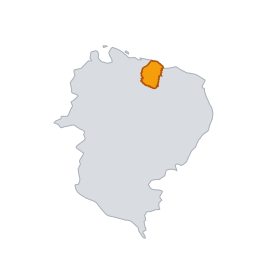 location of Veal Veaeng, Pouthisat, Cambodia, rotated 125°
{"feature_id": "14789045B9222272664434", "entity_name": "Veal Veaeng", "entity_type": "district", "adm_level": 2, "iso_a3": "KHM", "parent_name": "Cambodia", "parent_adm1": "Pouthisat", "projection": "robinson", "projection_center": [103.138, 12.256], "detail": "fine", "context": "in_parent", "style": "filled", "palette": "amber", "viewbox_px": 256, "rotation_deg": 125, "n_neighbors": 0, "source": "geoboundaries", "source_scale": "gbopen_adm2", "svg_char_len": 6227}
<svg xmlns="http://www.w3.org/2000/svg" viewBox="0 0 256 256"><g transform="rotate(125 128 128)"><path d="M208.5,50.7L209.0,52.7L207.7,56.4L206.3,59.8L203.6,62.8L203.5,65.0L202.6,71.5L203.0,73.6L203.6,75.4L204.5,76.3L206.8,82.7L208.9,88.5L211.0,93.3L211.4,96.3L209.5,104.0L207.3,111.0L207.5,114.5L208.5,118.0L209.5,122.7L209.9,128.7L209.4,132.6L208.4,135.0L206.5,137.5L204.9,138.7L202.8,136.6L201.3,136.5L199.1,137.2L197.4,138.1L194.0,141.8L190.3,145.3L185.0,146.2L183.0,148.8L180.8,149.2L176.7,149.3L173.9,150.0L174.1,151.3L173.9,157.5L173.9,159.0L173.5,159.4L171.6,159.6L168.5,158.6L164.1,157.1L161.1,156.8L159.5,159.5L158.6,160.6L157.4,160.8L156.2,161.2L155.8,162.5L155.7,164.0L156.3,166.6L156.5,170.7L156.4,173.5L157.5,175.3L164.1,181.3L166.1,182.8L166.3,183.7L165.1,186.9L166.2,191.5L164.1,191.4L160.7,189.4L159.0,188.2L157.0,189.2L156.3,189.0L155.0,186.8L153.2,184.5L151.4,184.3L147.6,185.2L143.7,185.9L142.2,185.9L141.6,186.3L139.3,189.7L138.3,189.1L134.4,187.8L130.8,187.3L130.0,188.2L130.5,191.0L131.3,193.7L130.8,194.9L128.8,196.3L126.2,198.9L124.6,200.9L123.5,201.4L119.5,201.3L115.6,201.5L114.0,203.4L112.5,204.9L111.2,205.3L106.0,200.6L95.7,199.0L94.6,196.9L93.6,196.5L92.7,199.2L87.0,201.8L84.7,200.2L82.9,198.3L83.2,196.0L84.8,194.2L87.6,192.8L88.9,188.1L86.8,182.0L84.9,180.2L82.9,178.8L80.8,181.1L79.1,184.9L77.3,186.9L74.7,187.4L70.9,187.2L69.4,181.5L69.0,176.5L69.5,170.9L70.0,167.5L66.4,162.9L66.2,158.5L64.5,156.3L63.9,157.4L64.0,158.7L63.5,157.7L57.8,144.9L56.8,138.9L57.8,134.3L58.4,132.7L56.7,130.3L54.4,127.6L50.3,124.0L50.0,118.3L49.1,111.5L47.9,109.3L46.0,105.1L45.0,101.7L44.6,92.6L45.2,91.9L48.1,91.6L51.8,91.0L52.4,89.5L51.7,88.3L54.1,86.3L57.5,81.8L60.2,77.1L62.1,74.1L63.2,71.2L67.1,67.0L72.4,64.1L76.0,63.4L79.7,62.4L83.3,61.0L85.0,60.9L89.5,62.6L91.9,63.0L94.4,63.0L97.0,63.2L99.3,63.0L104.8,61.8L110.6,62.8L115.7,62.0L122.2,60.7L125.3,61.5L128.2,62.9L128.6,65.7L129.2,66.9L130.2,67.9L131.5,67.9L133.1,66.0L134.5,64.0L134.9,63.6L135.0,64.6L135.7,66.7L136.9,68.9L138.1,70.3L140.2,72.1L141.5,72.2L145.9,70.5L152.5,73.0L153.2,74.3L155.4,76.9L157.7,78.8L162.8,78.9L164.6,74.3L163.7,71.5L160.8,66.6L160.0,63.7L160.9,63.2L165.8,62.7L166.6,62.1L167.7,58.9L169.1,59.3L171.8,59.7L174.7,57.5L176.4,55.3L177.4,56.3L178.4,57.9L179.5,58.8L181.6,60.2L183.9,62.1L185.3,64.0L186.5,64.7L189.4,64.2L190.2,64.3L191.9,62.0L193.1,60.7L194.1,61.1L195.6,61.1L198.6,58.1L200.4,55.5L201.3,54.7L204.1,56.1L205.2,55.8L206.8,52.1L208.5,50.7ZM67.5,173.8L66.9,174.2L66.4,174.2L65.9,173.7L65.9,171.6L66.3,170.3L67.2,170.1L67.5,173.8ZM76.1,194.2L75.0,195.6L73.1,192.8L73.1,192.0L76.1,194.2Z" fill="#d9dde1" stroke="#a8b0b8" stroke-width="1"/><path d="M59.3,133.7L59.1,133.7L58.9,133.9L58.7,133.9L58.2,134.0L57.9,134.2L57.9,134.4L57.8,134.5L57.7,134.6L57.6,134.8L57.4,135.0L57.4,135.6L57.4,135.9L57.3,136.1L57.4,136.3L57.4,136.6L57.4,136.9L57.4,137.0L57.3,137.9L57.2,138.0L57.2,138.3L57.0,138.6L57.1,138.9L57.2,139.2L57.2,140.0L56.9,140.5L56.9,140.8L57.0,141.0L56.8,141.4L56.8,141.6L56.7,141.9L56.8,142.0L56.9,142.4L56.9,142.6L57.1,142.9L57.2,143.1L57.3,143.3L57.5,143.4L57.6,143.6L57.7,143.8L57.7,144.1L58.0,144.5L58.3,144.9L58.4,145.2L58.6,145.3L58.8,145.4L58.9,145.6L58.8,145.8L59.0,146.3L58.9,146.4L58.9,146.8L59.0,147.0L59.1,147.3L59.7,147.6L65.2,148.0L66.0,148.2L66.7,148.5L69.7,150.0L69.9,150.1L70.5,150.1L70.9,150.0L71.0,150.0L71.3,150.1L71.5,149.9L71.6,150.0L71.7,149.9L71.9,149.8L72.2,149.5L72.4,149.4L72.6,149.4L72.7,149.5L73.0,149.5L73.3,149.4L73.3,149.2L73.5,148.9L73.7,149.0L73.8,148.9L73.9,149.0L74.0,149.0L74.2,148.9L74.2,148.7L74.4,148.7L74.5,148.5L75.1,148.7L75.2,148.8L75.3,148.8L75.4,148.6L75.8,148.6L76.1,148.3L76.1,148.1L76.2,147.8L76.3,147.7L76.5,147.4L76.8,147.4L77.0,147.2L77.3,147.1L77.6,147.0L77.5,146.7L77.5,146.2L77.6,145.9L77.8,145.8L77.8,145.6L78.0,145.5L78.3,145.5L78.3,145.4L78.2,145.4L78.2,145.2L78.1,144.9L78.1,144.7L78.4,144.4L78.5,144.2L78.8,144.2L78.8,144.4L79.1,144.4L79.2,144.6L79.3,144.7L79.4,144.8L79.6,144.8L79.8,145.0L79.8,144.9L80.3,144.7L80.6,144.5L80.6,144.3L80.7,144.2L80.8,144.1L80.9,143.9L81.1,143.9L81.3,144.1L81.4,144.3L81.5,144.5L81.8,144.5L82.1,144.3L82.2,144.0L82.2,143.8L81.9,143.5L81.9,143.4L82.1,142.8L82.3,142.6L82.4,142.3L82.4,142.2L82.2,141.8L82.3,141.7L82.2,141.7L82.2,141.4L82.3,141.3L82.4,141.2L82.4,140.8L82.5,140.7L82.4,140.6L82.3,140.4L82.4,140.2L82.5,140.2L82.6,139.9L82.6,139.7L82.8,139.3L82.8,139.2L82.8,138.9L82.7,138.8L82.8,138.7L82.7,138.6L82.8,138.5L82.8,138.4L82.8,138.2L82.7,137.9L82.8,137.8L82.8,137.7L82.7,137.5L82.7,137.4L82.3,137.3L82.3,137.2L82.2,137.2L82.2,136.7L82.2,136.4L82.0,136.0L81.9,135.7L81.7,135.3L81.6,135.2L81.6,134.8L81.6,134.7L81.4,134.3L81.5,134.3L81.4,134.2L81.5,133.8L81.4,133.5L81.6,133.4L81.7,133.2L81.5,132.9L81.5,132.6L81.4,132.6L81.2,132.3L80.9,131.9L81.0,131.7L81.2,131.3L81.2,131.2L81.0,130.8L81.0,130.5L80.8,130.4L80.9,130.2L81.0,130.1L80.7,129.5L80.6,129.3L80.1,128.6L79.1,128.2L78.8,128.0L78.5,127.9L78.4,128.0L78.2,128.0L77.9,128.3L77.7,128.3L77.6,128.2L77.5,128.3L77.5,128.0L77.5,127.9L76.5,127.7L76.3,127.7L76.3,127.8L76.5,127.9L76.5,128.0L76.4,127.9L76.2,128.0L76.2,127.9L76.1,128.0L76.1,127.9L76.0,128.0L76.0,127.9L75.9,127.9L75.8,128.0L75.8,127.9L75.8,128.0L75.7,128.0L75.7,128.4L75.6,128.5L75.3,128.3L75.1,128.3L75.0,128.6L74.8,128.5L74.7,128.6L74.6,128.9L74.4,129.0L74.1,129.1L74.0,129.3L73.9,129.4L73.7,129.3L73.6,129.2L73.3,129.1L73.2,129.2L72.9,129.4L72.6,129.7L72.0,129.8L71.8,130.0L71.7,130.1L71.4,130.4L71.3,130.6L71.1,130.8L70.6,130.5L70.4,130.5L70.1,130.7L69.7,131.0L69.4,131.2L69.4,131.4L69.2,131.4L69.1,131.5L68.9,131.4L68.7,131.4L68.5,131.5L68.4,131.6L68.3,132.0L68.3,132.3L68.2,132.4L67.8,132.3L67.5,132.2L67.1,132.1L66.7,132.0L66.7,131.7L66.4,131.2L66.1,130.8L66.0,130.6L65.9,130.8L65.7,130.9L65.6,131.0L65.4,131.4L65.2,131.6L65.2,131.9L65.1,132.0L64.8,132.1L64.7,132.1L64.5,132.4L64.4,132.5L64.2,132.6L63.9,132.5L63.6,132.4L63.6,132.6L63.4,132.6L63.2,132.6L62.9,132.7L62.9,132.8L62.6,133.1L62.4,133.3L62.2,133.4L62.2,133.5L62.1,133.8L61.6,133.6L61.4,133.6L61.4,133.4L61.2,133.4L61.0,133.2L60.9,133.3L60.8,133.5L60.6,133.6L60.6,133.8L60.4,133.9L60.3,134.2L60.4,134.4L60.3,134.5L60.1,134.7L59.9,134.6L59.7,134.4L59.6,134.1L59.3,133.7Z" fill="#f59e0b" stroke="#b45309" stroke-width="1.5"/></g></svg>